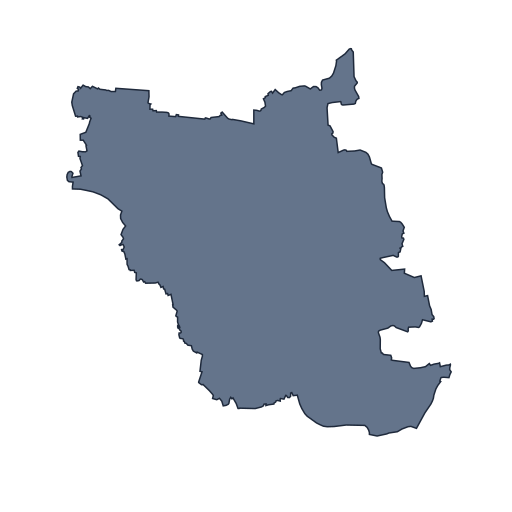 outline of Thanh Hoa, Thanh Hóa, Vietnam, rotated 170°
{"feature_id": "81297802B5241398972305", "entity_name": "Thanh Hoa", "entity_type": "district", "adm_level": 2, "iso_a3": "VNM", "parent_name": "Vietnam", "parent_adm1": "Thanh Hóa", "projection": "albers", "projection_center": [105.783, 19.808], "detail": "fine", "context": "isolated", "style": "filled", "palette": "slate", "viewbox_px": 512, "rotation_deg": 170, "n_neighbors": 0, "source": "geoboundaries", "source_scale": "gbopen_adm2", "svg_char_len": 6110}
<svg xmlns="http://www.w3.org/2000/svg" viewBox="0 0 512 512"><g transform="rotate(170 256 256)"><path d="M126.8,443.8L128.2,443.6L133.2,439.6L142.9,434.9L142.9,433.7L144.3,429.5L147.9,422.7L150.1,420.1L152.8,418.4L159.9,417.7L161.4,415.7L161.9,413.4L161.9,409.7L162.6,408.4L163.2,408.1L164.5,408.2L165.8,410.9L167.4,412.4L170.0,412.9L173.5,411.1L177.7,414.6L178.8,415.1L183.5,415.5L188.2,414.8L190.3,414.9L192.7,412.7L196.7,412.6L199.7,412.1L202.0,410.2L202.9,410.5L205.3,412.8L208.2,416.6L211.4,413.5L212.2,415.5L213.3,415.4L216.0,413.8L216.0,412.1L219.2,411.4L219.3,410.3L221.4,409.5L220.5,405.9L220.6,401.9L222.0,400.9L225.3,399.8L225.9,398.5L226.7,398.1L227.6,398.1L229.9,399.3L232.8,400.1L235.2,386.5L247.4,391.7L255.4,394.6L255.9,394.4L258.7,395.5L260.0,396.6L264.3,403.6L265.8,402.8L265.3,400.7L266.8,400.7L268.1,399.7L276.2,400.2L277.4,398.9L278.4,399.1L281.2,400.6L281.9,400.8L282.7,399.7L308.2,407.0L307.8,408.4L309.9,409.1L310.9,407.2L317.5,408.9L317.0,411.0L317.4,412.1L318.8,412.9L322.9,413.9L328.9,415.0L328.9,416.5L332.2,416.9L332.3,418.5L335.0,419.0L334.1,423.3L333.2,423.9L335.5,425.1L335.7,425.9L333.7,431.4L332.8,437.4L364.9,445.5L365.9,442.4L370.1,443.1L372.4,444.7L374.4,445.0L375.1,445.6L380.8,447.3L382.0,448.8L383.0,448.1L387.6,451.5L390.2,449.6L391.7,451.6L394.3,452.4L396.6,454.3L399.6,451.6L400.2,452.9L401.9,453.7L402.9,452.1L401.8,450.9L402.5,449.4L404.5,449.6L407.5,447.4L410.7,439.5L410.8,436.1L409.4,425.0L407.5,424.7L407.5,423.9L404.4,423.8L402.5,422.6L403.2,421.2L402.0,420.9L401.4,422.1L398.0,420.8L395.8,423.2L395.2,422.6L395.8,421.6L394.5,420.3L396.5,417.0L397.1,415.4L402.1,407.4L408.0,406.3L408.9,400.6L406.0,400.0L403.7,394.5L404.3,394.1L404.2,388.9L405.8,388.2L408.8,388.8L412.2,390.1L413.4,388.9L413.5,385.0L411.8,384.5L412.4,382.5L411.2,375.2L413.0,373.5L412.8,372.0L414.6,370.2L414.4,365.3L423.6,365.3L423.5,366.2L421.9,369.3L423.2,371.2L424.5,371.6L426.4,371.0L427.9,368.9L428.6,366.6L428.6,363.3L427.4,361.7L423.3,360.5L424.7,356.4L425.1,353.9L417.4,352.3L411.5,350.0L405.4,347.5L398.2,343.2L391.9,338.0L383.7,326.5L380.3,323.5L382.3,319.9L382.8,316.4L381.5,312.2L379.2,308.2L382.3,305.4L385.2,300.5L383.7,297.5L383.5,295.9L385.5,294.1L385.8,292.7L388.8,290.8L388.1,289.9L386.0,290.5L384.9,290.4L384.2,287.7L386.4,284.7L387.4,286.2L387.1,284.1L385.4,283.3L385.2,282.5L384.8,280.7L384.7,275.5L383.5,275.7L384.4,270.1L383.8,268.2L383.4,264.7L382.3,264.3L382.3,263.6L378.5,263.1L378.3,260.9L376.8,260.2L378.2,253.6L378.0,252.4L377.6,252.1L375.5,252.1L374.0,253.3L373.4,253.3L372.1,252.5L371.2,249.9L370.1,250.1L369.5,248.4L359.9,246.9L357.0,247.2L356.4,245.1L355.6,244.2L355.1,241.6L352.8,242.1L352.7,239.6L351.7,239.2L351.2,234.3L349.6,234.4L349.4,232.4L346.4,233.0L346.1,222.5L346.5,222.5L346.6,220.0L343.6,216.4L343.2,215.4L345.3,211.1L345.1,210.4L343.8,209.4L344.7,204.7L344.3,201.8L343.6,200.2L343.5,199.0L344.1,199.2L345.3,200.6L345.5,199.6L345.2,198.3L344.4,197.8L343.9,197.1L343.9,196.3L342.8,195.1L342.8,194.6L343.0,193.8L343.6,193.3L345.1,193.5L345.6,191.8L345.4,188.6L344.9,188.0L342.4,187.2L342.0,186.4L342.1,184.7L341.4,184.3L341.2,182.6L339.8,182.0L338.6,180.0L335.2,178.9L335.0,175.4L334.2,173.2L331.2,170.8L330.7,171.6L325.9,168.3L326.2,166.6L328.0,162.9L331.2,152.2L329.3,151.3L334.4,141.8L334.4,141.3L332.1,138.8L331.4,138.5L330.5,138.7L325.3,131.5L322.7,127.2L322.3,125.9L323.5,123.2L319.6,121.3L316.7,122.2L314.9,119.0L314.3,114.1L311.4,114.1L309.1,114.8L308.3,115.6L306.8,119.6L305.4,121.2L304.5,119.5L303.3,120.2L301.1,114.1L300.2,109.0L299.2,108.7L298.5,109.0L283.3,105.9L276.8,106.4L274.7,107.2L273.9,108.7L271.8,108.6L272.2,107.0L269.4,107.3L264.1,107.1L263.7,108.1L262.1,108.7L261.3,109.9L259.8,110.0L257.3,108.9L257.1,110.8L256.7,111.4L253.3,110.2L250.9,113.6L250.3,113.3L249.3,111.1L247.7,110.8L246.3,111.8L245.7,115.0L244.5,115.3L243.6,112.0L239.5,111.8L238.6,102.7L237.4,97.9L235.3,92.3L233.4,89.3L225.4,81.1L222.3,78.8L219.2,76.7L215.5,75.5L208.7,74.5L196.5,73.9L178.3,70.3L176.3,67.9L175.3,65.0L175.0,62.6L175.3,60.6L168.0,57.7L158.0,58.1L155.9,58.6L147.3,58.4L142.2,60.3L135.9,61.5L133.0,61.3L127.9,58.4L116.9,72.2L109.5,79.8L107.5,82.5L106.0,85.1L105.0,88.1L101.9,93.9L99.4,97.0L95.9,100.3L96.7,100.9L95.1,103.9L94.6,104.2L92.1,104.0L87.1,102.7L85.7,105.5L83.9,108.0L85.0,110.5L84.5,112.5L83.4,115.0L83.4,115.7L85.0,115.2L87.6,115.5L93.7,115.0L93.8,118.9L94.7,118.6L99.5,118.6L103.1,118.0L104.0,120.0L108.3,117.6L113.5,117.4L120.2,117.9L121.9,118.9L122.9,120.5L123.8,124.6L139.8,129.6L140.8,130.2L140.1,132.1L140.5,134.8L147.6,136.9L148.4,138.5L149.4,138.7L149.8,143.0L148.1,152.1L148.0,154.5L148.8,159.2L148.5,160.4L147.8,161.0L146.5,161.4L138.6,162.1L135.4,163.7L133.2,163.8L131.8,163.1L130.4,161.2L119.8,155.0L119.0,155.8L118.9,157.6L118.1,159.4L111.3,158.5L108.3,157.4L107.3,157.8L104.8,160.9L103.1,164.3L95.2,160.8L93.6,161.2L93.5,163.2L92.1,162.9L91.5,163.4L91.5,165.5L92.8,167.7L92.8,172.9L93.7,176.8L93.9,187.2L97.2,187.0L96.5,191.9L96.9,207.8L103.8,207.3L112.9,213.3L111.9,217.3L124.8,218.2L130.6,227.0L134.1,230.7L134.3,231.5L134.0,232.2L131.4,232.4L120.8,232.8L117.6,230.5L116.6,230.4L115.9,230.9L115.1,234.7L113.4,235.0L112.1,238.1L112.8,238.5L112.7,238.8L112.0,238.6L111.0,239.7L109.8,240.0L110.1,242.7L107.5,246.7L107.7,248.0L109.1,248.4L109.2,249.7L108.1,252.4L106.4,252.8L106.9,255.1L105.0,258.5L106.5,262.2L107.6,264.0L108.7,265.0L116.0,266.7L117.7,271.7L118.9,276.8L119.3,280.9L119.2,291.1L117.7,300.9L117.6,303.5L117.8,304.3L118.9,305.5L119.1,307.8L118.4,310.4L117.9,314.4L116.7,316.5L117.2,320.9L126.0,326.2L126.4,327.1L127.1,333.8L128.1,336.9L129.8,339.0L135.1,342.3L140.7,342.3L148.4,343.3L148.7,344.4L150.0,345.1L151.3,345.1L157.1,343.6L156.4,358.1L158.4,359.4L160.2,362.1L160.2,363.1L158.9,363.8L158.5,365.1L160.5,371.3L162.3,372.4L160.3,389.6L158.7,393.6L154.4,393.9L146.0,393.4L145.7,393.2L145.6,390.7L145.1,390.0L144.2,389.6L133.2,388.6L131.7,389.0L130.9,391.0L129.9,392.2L128.8,393.0L127.3,393.3L127.2,395.2L129.7,402.3L129.9,404.2L129.5,406.1L126.3,408.8L126.1,409.6L127.1,411.2L128.3,415.6L124.8,440.0L126.0,442.2L126.1,443.5L126.8,443.8Z" fill="#64748b" stroke="#1e293b" stroke-width="1.5"/></g></svg>